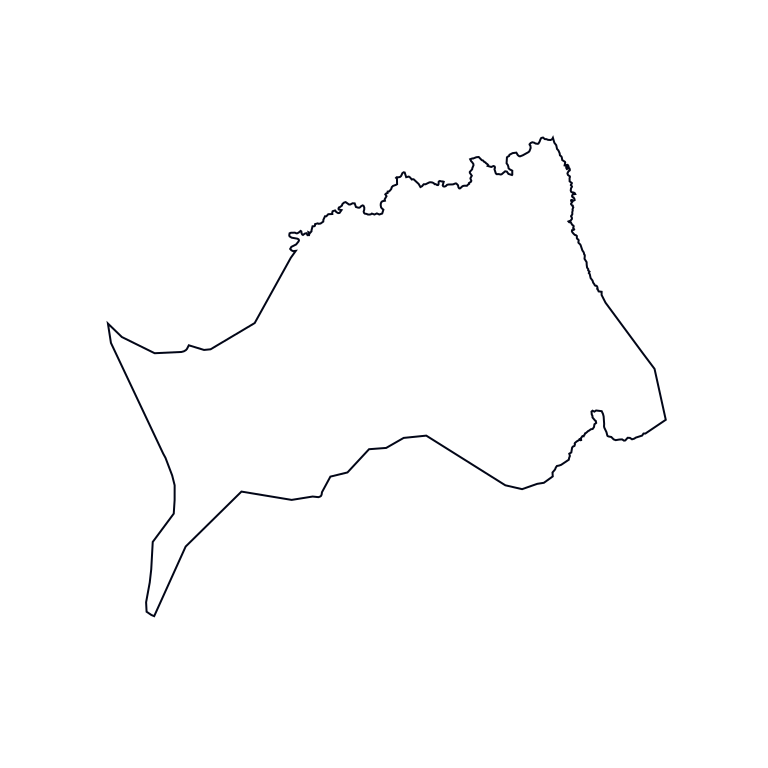 Santo Domingo Teojomulco, Oaxaca, Mexico, rotated 193°
{"feature_id": "50627088B59545948667836", "entity_name": "Santo Domingo Teojomulco", "entity_type": "district", "adm_level": 2, "iso_a3": "MEX", "parent_name": "Mexico", "parent_adm1": "Oaxaca", "projection": "mercator", "projection_center": [-97.3, 16.59], "detail": "fine", "context": "isolated", "style": "outline", "palette": "ink", "viewbox_px": 768, "rotation_deg": 193, "n_neighbors": 0, "source": "geoboundaries", "source_scale": "gbopen_adm2", "svg_char_len": 6166}
<svg xmlns="http://www.w3.org/2000/svg" viewBox="0 0 768 768"><g transform="rotate(193 384 384)"><path d="M274.8,661.9L275.2,660.4L276.6,659.2L279.1,658.8L280.8,659.1L282.4,658.8L284.5,659.9L286.1,659.1L286.6,657.6L286.9,655.2L287.6,653.0L288.2,652.6L290.5,652.4L291.9,652.9L293.9,652.9L295.3,651.8L296.1,650.3L295.7,649.6L295.0,649.2L294.2,647.0L294.6,643.8L295.3,642.5L300.3,638.0L302.7,636.4L303.6,636.4L305.1,637.1L307.1,639.2L310.6,637.9L313.3,635.6L313.5,634.2L314.4,633.5L315.2,632.5L314.2,626.6L312.8,625.4L311.7,623.7L311.2,622.3L310.0,621.5L307.0,620.7L306.1,616.8L306.3,616.4L310.0,616.7L312.1,618.6L313.8,618.5L316.5,614.9L317.3,614.4L319.6,614.3L321.3,613.8L322.4,614.3L324.7,618.2L324.5,619.5L324.8,620.4L325.3,620.9L326.4,621.0L328.3,619.6L332.1,619.8L331.8,620.8L332.6,621.4L334.5,622.2L335.0,622.7L336.4,623.0L337.7,624.0L339.1,624.1L342.8,626.5L345.1,625.7L348.0,623.7L348.6,623.7L350.6,622.4L349.2,620.7L348.1,620.0L346.5,618.6L346.0,617.3L346.5,614.2L346.4,613.0L348.1,610.0L347.9,609.1L345.3,606.7L346.0,604.3L346.0,603.6L344.6,601.6L344.8,600.6L346.4,598.9L346.1,598.1L347.0,597.2L347.8,595.8L350.6,595.2L352.0,594.4L353.8,591.8L354.6,591.5L355.1,591.8L355.7,592.4L356.6,594.3L358.6,595.6L359.5,595.5L361.7,594.0L366.3,592.8L367.4,592.2L368.2,590.9L369.2,590.1L370.1,589.9L370.8,590.0L371.5,590.8L371.3,594.5L372.3,594.6L373.3,594.3L375.2,594.4L375.9,593.9L376.2,593.4L375.8,590.7L376.1,590.0L377.0,589.8L378.7,590.4L379.6,590.1L380.8,590.9L382.2,591.2L383.8,591.1L385.1,590.7L388.4,588.0L390.3,587.5L391.4,585.3L392.8,584.1L395.2,586.7L401.1,590.1L402.1,590.0L402.9,589.5L405.2,591.2L406.5,591.7L408.9,590.5L411.4,594.7L412.5,594.7L413.5,593.6L414.1,590.6L414.8,589.5L416.2,588.7L418.2,588.3L418.6,587.6L417.6,587.1L416.2,581.6L416.9,580.9L419.8,579.0L420.7,577.6L420.8,575.7L421.6,574.0L422.5,572.7L423.7,572.3L423.5,570.8L424.5,570.4L425.4,569.1L423.8,567.6L424.9,564.0L424.3,562.8L426.7,561.7L427.5,560.5L427.7,559.3L427.5,557.6L426.6,555.5L425.7,554.7L423.8,553.7L424.1,549.7L426.7,548.1L429.3,548.6L431.4,547.0L434.2,547.3L435.0,546.4L436.0,545.9L437.7,545.5L439.2,545.8L441.1,545.7L442.0,546.3L442.6,547.4L442.5,549.6L442.9,551.5L444.1,553.1L445.1,553.2L446.3,552.1L446.9,551.0L447.6,550.3L448.8,550.0L451.2,550.2L453.2,553.4L455.3,553.0L457.1,551.4L458.4,551.0L462.3,552.6L463.7,551.8L464.4,550.9L465.1,549.7L465.1,548.4L466.8,546.4L467.7,545.8L467.8,544.6L467.4,543.9L464.5,543.9L465.8,540.7L467.1,540.2L469.1,540.8L470.7,542.1L472.9,540.8L473.0,539.4L472.6,538.0L476.5,536.9L477.9,534.5L479.2,534.2L480.0,530.4L479.7,528.6L481.9,526.1L483.7,525.4L484.7,525.6L487.1,524.3L486.9,522.7L487.3,522.1L489.1,521.6L489.2,517.4L489.0,516.4L490.0,514.6L491.6,514.9L490.5,513.0L490.5,512.2L492.0,511.8L493.4,513.5L494.9,512.8L496.5,511.0L497.2,511.2L498.1,512.1L498.9,514.1L499.7,514.4L501.1,512.5L502.3,511.4L503.3,511.1L504.8,511.4L508.6,510.5L509.9,509.6L509.8,507.7L509.2,506.6L506.9,505.8L501.2,506.1L499.9,505.8L499.2,505.0L499.3,503.7L501.0,500.2L505.1,496.8L505.8,494.5L504.2,493.4L502.4,493.0L499.9,493.9L503.2,486.0L523.7,414.3L560.8,378.8L567.0,376.7L582.9,377.8L583.9,373.8L584.7,372.4L586.4,370.8L588.7,369.6L614.4,362.4L650.0,370.8L666.6,380.8L659.3,362.6L583.5,266.5L580.3,262.9L569.8,247.2L565.2,238.2L561.9,223.8L559.7,210.4L573.8,178.1L569.1,151.0L567.6,137.9L566.7,117.8L564.1,108.7L558.7,106.6L555.7,106.1L540.7,181.0L498.7,247.1L447.9,250.3L428.2,258.3L422.4,259.0L421.0,259.9L420.2,260.8L419.9,262.2L420.1,264.6L415.4,281.7L399.7,289.6L383.9,317.1L367.5,322.2L352.7,335.9L331.2,343.2L243.0,312.6L225.8,312.6L212.2,321.2L206.0,323.7L198.8,331.9L199.9,335.7L198.1,339.2L197.8,341.3L197.1,343.0L194.9,344.0L193.2,345.1L186.9,351.8L187.0,353.6L186.7,355.7L187.8,357.8L186.1,359.4L186.4,364.2L186.0,365.4L184.5,366.5L184.4,368.2L184.8,368.8L184.7,369.5L183.3,371.4L181.4,373.2L181.1,374.3L180.8,374.3L180.4,373.5L179.9,373.4L179.3,373.7L179.9,375.6L178.9,377.9L177.7,378.0L177.7,378.8L177.1,379.8L177.0,381.1L176.1,381.8L174.4,384.2L173.7,384.7L172.3,386.4L170.6,387.1L169.7,389.3L169.9,392.1L168.5,393.8L169.3,395.6L170.0,395.8L173.3,398.3L173.7,399.8L174.7,401.0L175.6,403.8L174.8,404.9L172.8,404.4L171.4,405.9L165.8,406.5L163.9,404.1L162.7,401.8L160.5,394.6L160.1,392.3L159.5,391.0L156.4,387.1L154.8,384.0L154.4,383.6L153.2,383.4L150.6,383.5L147.8,381.7L145.6,381.4L142.3,382.8L139.5,383.6L137.4,382.8L136.2,383.3L134.5,386.4L132.2,386.8L129.9,385.9L127.8,387.1L126.6,388.4L120.9,391.8L120.0,394.1L118.2,394.5L101.4,412.5L123.8,459.6L138.4,471.9L186.5,513.1L192.0,519.7L192.7,522.8L195.7,522.5L196.6,523.8L197.3,524.2L197.7,524.8L197.4,525.3L198.3,527.0L199.2,527.5L200.2,527.3L201.0,527.8L201.5,528.5L203.0,529.8L204.1,531.7L206.5,533.7L208.2,537.3L209.4,538.2L209.0,539.7L210.6,540.6L210.8,541.8L212.3,543.1L213.3,545.7L214.0,548.3L216.8,551.1L217.2,554.2L217.6,555.0L218.1,555.3L218.6,556.5L219.5,557.7L220.7,558.7L223.7,563.6L224.9,564.6L226.0,565.1L226.5,565.8L226.6,567.7L227.2,568.5L228.1,568.7L228.9,569.5L229.4,571.6L230.6,572.2L231.6,572.2L233.0,573.0L234.6,574.2L235.3,575.1L235.4,576.1L233.7,577.0L233.5,577.5L234.8,578.5L234.6,579.8L234.7,580.5L235.2,581.0L235.9,581.1L237.0,582.0L238.2,583.4L240.0,583.3L240.8,583.9L238.9,585.2L238.0,587.2L238.4,588.4L239.4,589.4L239.4,590.1L239.1,590.3L238.7,591.9L239.2,593.6L239.2,595.7L239.6,596.6L239.3,598.8L240.1,599.5L240.2,600.2L240.7,600.2L242.2,601.3L242.3,601.7L241.5,603.8L241.7,604.1L242.6,604.2L243.0,604.8L242.9,605.4L242.2,605.6L241.4,605.0L240.6,605.2L239.6,606.1L240.1,607.2L241.4,608.5L242.2,608.4L242.9,609.1L243.1,609.8L242.7,611.2L240.4,612.1L241.0,612.8L242.2,613.2L244.3,613.1L244.9,613.4L245.6,614.6L245.8,616.8L245.2,618.5L245.4,618.9L246.7,619.8L246.7,620.3L246.1,621.5L246.2,622.1L248.7,623.2L249.5,626.3L249.4,627.3L249.6,628.1L251.7,629.0L252.6,630.3L252.6,630.9L252.0,633.0L251.3,633.5L251.0,634.3L251.7,635.7L252.1,636.0L254.2,634.6L255.0,635.5L255.2,636.2L254.6,636.8L253.5,637.2L253.2,637.7L254.3,638.8L254.9,638.8L256.7,637.6L257.2,637.6L257.3,640.7L257.7,641.2L260.7,642.3L261.8,644.9L262.4,645.6L264.0,646.4L264.8,648.4L266.6,650.8L268.3,652.0L269.9,655.4L272.3,657.4L274.8,661.9Z" fill="none" stroke="#020617" stroke-width="2"/></g></svg>